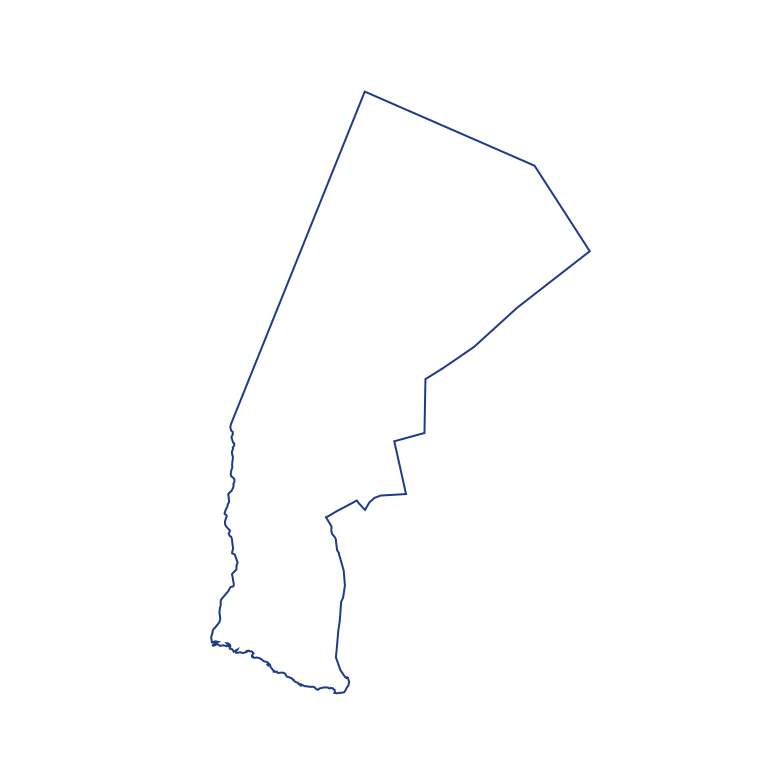 Faasaleleaga II, Fa'asaleleaga, Samoa (Robinson projection), rotated 75°
{"feature_id": "51752279B41947218323139", "entity_name": "Faasaleleaga II", "entity_type": "district", "adm_level": 2, "iso_a3": "WSM", "parent_name": "Samoa", "parent_adm1": "Fa'asaleleaga", "projection": "robinson", "projection_center": [-172.209, -13.636], "detail": "fine", "context": "isolated", "style": "outline", "palette": "blue", "viewbox_px": 768, "rotation_deg": 75, "n_neighbors": 0, "source": "geoboundaries", "source_scale": "gbopen_adm2", "svg_char_len": 3272}
<svg xmlns="http://www.w3.org/2000/svg" viewBox="0 0 768 768"><g transform="rotate(75 384 384)"><path d="M589.0,617.1L589.1,615.1L588.8,614.3L589.0,613.3L590.1,611.1L590.5,614.4L591.1,615.8L592.1,617.0L592.6,616.8L592.6,615.3L591.8,615.5L591.5,614.9L592.3,614.1L591.4,613.5L592.5,611.8L593.7,611.0L594.5,610.0L594.8,607.1L595.8,604.9L596.5,604.0L595.6,602.6L597.0,602.1L596.5,601.3L593.8,602.8L594.2,601.8L595.7,600.5L597.4,600.2L599.8,601.4L600.9,599.4L602.2,598.7L603.7,598.5L602.6,594.4L602.7,594.5L603.3,595.8L604.5,596.5L605.2,596.6L605.8,594.4L605.9,592.4L607.3,589.9L607.4,587.3L607.2,586.2L606.4,586.0L606.3,585.2L606.9,584.8L606.6,583.5L607.3,582.9L608.1,581.1L608.8,580.6L610.3,579.7L612.0,581.8L613.5,582.0L613.7,581.0L614.3,581.0L615.1,579.7L615.2,577.8L616.7,575.2L617.5,574.2L620.7,571.8L621.8,569.9L623.1,568.1L624.2,567.8L624.8,569.3L626.1,568.6L625.6,566.9L628.3,566.7L629.8,566.0L631.8,565.2L632.7,564.4L633.3,564.9L634.1,563.0L634.1,561.9L635.1,561.8L635.8,560.9L636.0,559.0L636.6,556.5L637.4,555.2L638.2,554.4L639.9,554.2L641.7,553.4L642.4,551.7L643.6,550.6L644.5,549.1L645.9,548.8L646.1,547.9L647.5,547.7L649.1,546.4L649.8,545.2L650.6,544.2L651.8,544.1L652.4,542.3L653.5,542.8L654.0,542.0L653.5,540.9L655.5,538.6L655.8,537.0L656.5,536.2L656.7,535.2L657.5,533.4L658.2,530.6L659.1,529.5L660.6,528.8L662.0,527.5L662.2,526.6L661.4,525.2L661.5,521.1L661.9,519.0L662.7,516.6L663.5,516.2L664.0,515.2L663.7,514.1L664.7,512.2L665.5,512.1L666.5,510.9L668.4,511.0L669.6,511.8L670.6,509.4L670.6,507.9L671.3,504.7L671.4,502.4L670.8,501.3L667.7,498.6L666.1,496.5L662.3,494.6L661.3,494.9L658.4,494.8L657.6,495.7L658.2,496.5L657.1,497.4L649.3,500.1L645.8,500.4L635.5,501.2L629.2,498.8L610.5,492.0L602.2,488.4L595.6,486.0L583.4,481.8L579.8,478.8L568.5,473.9L553.7,471.2L537.0,471.5L535.7,471.3L533.2,472.1L532.2,472.3L524.3,471.2L521.8,470.7L519.7,471.0L515.2,473.0L512.3,472.9L508.0,471.6L504.6,472.5L497.7,474.6L497.1,471.2L495.2,464.7L493.7,458.6L492.9,454.9L490.2,443.2L489.5,440.4L493.2,439.0L495.2,437.8L497.9,436.5L500.7,434.9L494.6,428.8L491.5,422.5L490.9,416.1L496.0,391.2L442.0,388.9L441.9,374.9L441.8,357.6L390.0,342.7L383.7,322.1L371.4,287.3L344.7,235.5L309.0,150.9L212.1,182.1L119.6,298.1L96.6,326.9L383.7,542.6L386.3,543.7L389.5,543.7L391.1,542.5L393.3,543.0L395.8,545.1L401.3,545.0L402.6,544.0L404.8,544.7L406.2,546.5L407.4,546.5L409.7,548.2L411.9,548.9L415.1,548.8L417.3,549.4L419.4,550.4L422.6,551.6L425.4,552.1L428.0,553.9L431.3,555.4L433.4,555.5L436.1,553.6L437.7,553.2L440.3,554.1L441.5,555.4L442.8,555.4L444.5,556.2L445.9,557.2L448.0,559.3L449.0,561.5L450.0,562.9L452.4,563.2L457.7,564.1L459.8,566.0L462.1,567.2L464.3,569.3L467.7,571.5L468.4,571.5L469.6,570.3L471.0,570.1L474.6,572.6L476.5,573.5L479.0,573.8L480.9,573.2L485.8,570.7L488.6,572.8L491.1,572.2L491.9,571.2L494.5,571.0L500.1,571.9L503.6,572.2L507.1,574.2L508.3,574.5L510.0,572.3L518.5,571.6L521.3,573.5L524.9,574.5L528.0,579.7L528.6,580.1L531.1,580.2L535.0,580.6L538.7,580.9L539.7,581.3L540.5,582.2L540.4,584.6L541.2,585.7L543.7,587.9L546.0,591.4L548.1,594.2L549.9,597.0L551.3,597.9L555.2,598.9L558.6,600.8L562.7,602.2L567.7,602.8L569.2,603.2L571.6,604.8L575.6,610.2L577.0,612.5L578.2,613.5L578.9,613.5L583.9,616.5L589.0,617.1Z" fill="none" stroke="#1e3a8a" stroke-width="2"/></g></svg>